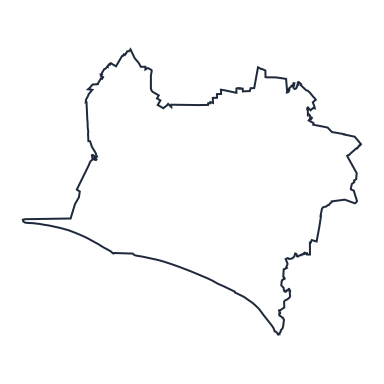 Guasave, Sinaloa, Mexico
{"feature_id": "50627088B56884755613455", "entity_name": "Guasave", "entity_type": "district", "adm_level": 2, "iso_a3": "MEX", "parent_name": "Mexico", "parent_adm1": "Sinaloa", "projection": "orthographic", "projection_center": [-108.478, 25.508], "detail": "fine", "context": "isolated", "style": "outline", "palette": "slate", "viewbox_px": 384, "rotation_deg": 0, "n_neighbors": 0, "source": "geoboundaries", "source_scale": "gbopen_adm2", "svg_char_len": 5797}
<svg xmlns="http://www.w3.org/2000/svg" viewBox="0 0 384 384"><path d="M310.0,254.5L309.9,242.6L310.7,242.7L310.8,242.6L311.1,241.4L311.7,240.1L316.6,241.5L319.3,227.0L321.0,216.1L320.5,216.0L322.0,208.5L322.9,207.6L324.0,206.9L326.1,206.6L327.7,205.2L328.8,205.1L329.8,203.6L331.6,202.2L331.6,201.4L344.5,199.7L345.5,199.9L354.2,203.1L354.6,203.2L355.3,203.2L356.9,201.5L357.0,201.2L356.5,199.4L354.4,192.8L354.3,192.4L353.8,190.7L353.1,190.3L352.2,190.0L351.7,189.7L350.8,189.3L350.8,189.0L351.8,184.0L354.3,182.1L354.0,180.6L356.2,179.2L356.7,173.2L347.1,155.9L347.7,155.4L348.6,155.2L349.3,154.9L349.5,154.4L354.6,149.9L356.3,148.3L356.5,148.4L356.9,148.6L357.2,148.4L357.7,147.8L357.7,147.5L358.3,147.1L358.5,146.2L359.4,145.4L359.6,145.7L360.2,145.3L361.0,144.2L354.7,136.7L344.7,134.6L344.1,134.5L344.2,134.2L335.4,132.6L332.0,132.1L327.7,127.6L325.6,127.1L313.2,124.7L313.5,123.0L308.7,120.5L310.0,118.6L311.1,119.2L311.9,117.8L309.6,116.4L310.0,115.6L309.9,115.3L308.7,114.2L307.9,114.9L307.8,110.0L307.2,109.3L307.5,109.0L307.2,108.2L307.9,107.4L310.6,110.3L313.1,108.0L314.8,108.4L314.7,107.4L314.1,105.7L312.8,102.3L315.8,99.7L314.2,97.7L313.0,96.5L310.9,93.9L310.5,93.4L310.4,93.2L307.8,90.7L306.2,90.3L300.7,85.1L301.2,84.3L298.7,82.0L297.9,82.4L298.4,83.8L298.2,84.9L298.1,85.0L297.8,84.7L297.5,84.6L297.5,85.2L297.0,86.2L296.9,87.0L295.9,88.6L294.9,89.0L294.2,88.7L293.5,87.9L293.4,87.3L293.4,86.3L293.9,85.5L294.2,85.5L294.0,84.0L294.3,83.5L294.4,83.3L293.6,83.1L293.5,83.8L292.8,85.1L292.7,85.1L292.3,85.4L291.8,86.1L291.5,85.9L290.7,86.9L289.6,87.8L288.9,88.7L289.3,89.1L288.8,89.6L289.2,89.9L288.7,91.2L288.4,91.6L288.6,91.6L288.4,91.9L287.5,92.4L286.9,92.5L287.1,91.8L287.1,91.5L286.1,78.9L276.1,77.4L266.4,77.3L265.5,77.1L265.4,70.5L261.7,68.9L261.1,69.0L258.0,67.3L254.2,88.1L250.6,88.2L250.6,88.6L250.1,89.8L249.8,91.1L248.4,91.1L242.9,91.4L242.7,88.6L239.7,88.7L239.9,88.1L238.3,88.1L238.3,88.3L237.0,88.2L236.4,88.6L236.4,92.8L225.1,90.4L220.9,89.7L221.1,94.0L216.9,94.1L217.0,97.8L212.8,97.9L213.0,103.0L210.3,102.1L210.1,103.3L208.2,103.2L208.1,104.9L206.7,105.0L206.2,104.9L197.8,105.1L193.5,105.0L171.3,104.7L171.3,107.0L168.1,103.9L167.1,105.2L165.7,106.4L164.5,107.2L163.4,108.2L157.7,105.0L160.4,100.4L157.0,98.4L158.8,95.4L153.1,92.1L152.2,91.4L151.9,91.0L151.3,89.9L150.9,88.6L150.9,76.3L150.9,75.5L151.7,71.1L151.7,70.5L151.5,70.1L151.1,69.8L148.2,68.2L147.6,68.1L147.2,68.3L145.4,69.5L145.4,66.8L140.8,66.8L138.8,63.0L134.8,58.3L134.3,57.4L130.5,49.4L129.7,50.7L129.3,50.7L128.9,51.2L127.3,51.3L125.9,53.7L125.7,53.6L124.8,55.1L123.7,54.4L122.7,56.1L121.9,56.2L117.7,63.5L116.0,66.3L110.8,63.2L110.0,64.6L109.3,64.1L108.8,64.8L108.5,65.3L108.4,65.4L108.2,65.4L107.8,66.2L107.8,66.7L107.4,66.4L105.8,68.4L105.2,68.8L104.4,69.0L104.0,69.4L103.5,70.4L102.0,72.9L101.8,73.3L101.8,74.2L100.7,74.4L100.9,74.8L101.4,74.6L101.6,74.7L101.2,75.0L100.9,75.5L100.8,75.8L103.1,77.1L102.0,78.9L101.0,78.3L98.0,83.4L97.7,83.6L97.8,84.1L97.4,84.2L96.8,84.3L92.7,84.5L92.1,85.0L90.0,87.6L88.1,89.3L92.3,89.8L90.1,92.5L89.1,93.6L88.6,94.2L88.4,94.7L88.3,95.4L85.9,99.9L85.9,101.6L85.7,102.4L86.5,102.3L87.3,119.4L87.6,122.5L87.7,127.6L88.3,132.0L88.0,133.6L88.1,135.1L88.4,141.1L90.1,141.3L91.8,146.6L95.6,152.9L96.5,155.9L97.0,156.7L95.2,157.5L96.9,160.2L96.4,159.9L95.4,160.0L93.9,159.4L94.6,156.8L94.5,156.3L94.4,156.1L92.8,155.0L92.3,155.0L91.9,155.2L92.6,159.4L90.9,160.9L90.4,161.5L89.6,163.0L89.1,164.6L89.0,164.8L76.8,189.6L79.8,191.5L78.9,197.3L75.0,204.1L70.6,218.5L24.8,219.2L23.0,219.7L23.3,220.2L23.0,220.7L23.1,221.1L23.2,221.3L23.6,221.7L24.7,222.4L25.5,222.7L27.4,222.9L33.0,223.2L39.4,223.9L43.6,224.7L48.5,225.4L58.7,227.6L62.4,228.5L69.0,230.4L75.5,232.9L79.9,234.7L86.1,237.5L98.4,244.2L103.5,247.4L108.6,250.1L110.9,251.5L112.1,252.6L113.3,253.5L113.6,253.5L113.9,253.3L114.1,253.0L132.8,253.6L133.5,254.4L135.0,255.3L137.2,255.8L142.3,256.6L157.2,259.8L162.8,261.3L172.3,264.4L181.2,267.6L191.0,271.4L207.5,278.3L212.9,280.9L216.3,282.9L219.1,284.3L223.1,286.0L234.7,291.6L235.0,292.5L243.8,296.8L252.8,303.1L255.3,305.3L258.9,308.8L264.2,315.9L271.4,325.0L273.4,327.9L274.4,330.4L274.6,331.3L274.8,331.5L275.3,331.5L275.6,331.6L276.0,331.8L276.7,332.4L277.6,333.7L277.7,334.3L278.1,334.6L278.5,334.2L278.8,334.1L279.1,333.7L279.5,334.0L279.6,333.4L280.1,332.4L280.6,332.0L280.8,330.2L281.4,329.8L282.7,327.9L283.0,326.8L283.1,326.1L283.5,324.6L283.4,323.1L283.7,322.0L284.0,320.0L283.8,319.3L283.2,318.5L282.9,317.8L282.1,317.5L281.8,317.0L281.1,316.6L280.7,316.2L279.6,315.7L279.2,314.9L279.3,313.2L279.5,313.1L280.1,313.2L280.1,312.7L279.9,312.5L279.7,311.6L279.4,311.0L279.0,310.7L279.2,310.2L280.3,310.2L284.3,307.5L284.1,301.7L284.8,300.6L287.2,299.4L288.8,298.2L289.9,296.9L290.1,295.5L289.8,293.9L289.8,292.7L290.1,292.0L290.2,291.2L289.3,289.1L288.8,288.9L288.4,289.3L288.5,289.9L288.5,290.3L288.1,290.6L287.0,290.3L286.5,290.3L286.1,290.7L286.1,291.2L286.0,291.6L285.7,291.8L285.0,291.7L284.3,291.2L283.8,290.0L283.7,288.1L283.5,287.7L282.2,286.4L281.3,285.3L281.3,284.5L281.5,283.3L281.5,282.0L281.9,281.3L281.9,280.4L282.6,279.8L283.2,279.3L284.2,279.2L284.5,279.0L284.7,278.4L284.3,278.2L284.1,278.3L283.9,278.2L284.0,277.3L283.4,276.8L283.3,276.5L283.7,269.4L283.8,269.2L286.0,268.5L286.9,267.9L286.2,267.2L287.6,264.0L285.7,259.0L287.9,258.1L288.8,258.9L290.8,258.8L292.0,258.5L293.6,257.3L294.4,256.2L295.1,253.5L295.8,253.6L296.5,254.2L296.9,255.4L296.9,256.1L297.8,256.6L298.1,256.4L299.6,255.4L300.3,255.3L300.4,255.1L300.8,255.0L301.2,254.7L301.5,254.9L301.6,254.6L302.5,254.2L302.7,254.4L303.1,254.3L303.5,254.1L303.8,253.4L304.1,252.9L304.5,252.7L304.9,252.6L305.1,252.8L305.2,253.0L305.2,253.3L304.8,253.6L304.8,253.9L305.1,253.8L305.7,253.3L307.0,253.2L307.0,254.5L310.0,254.5Z" fill="none" stroke="#1e293b" stroke-width="2"/></svg>